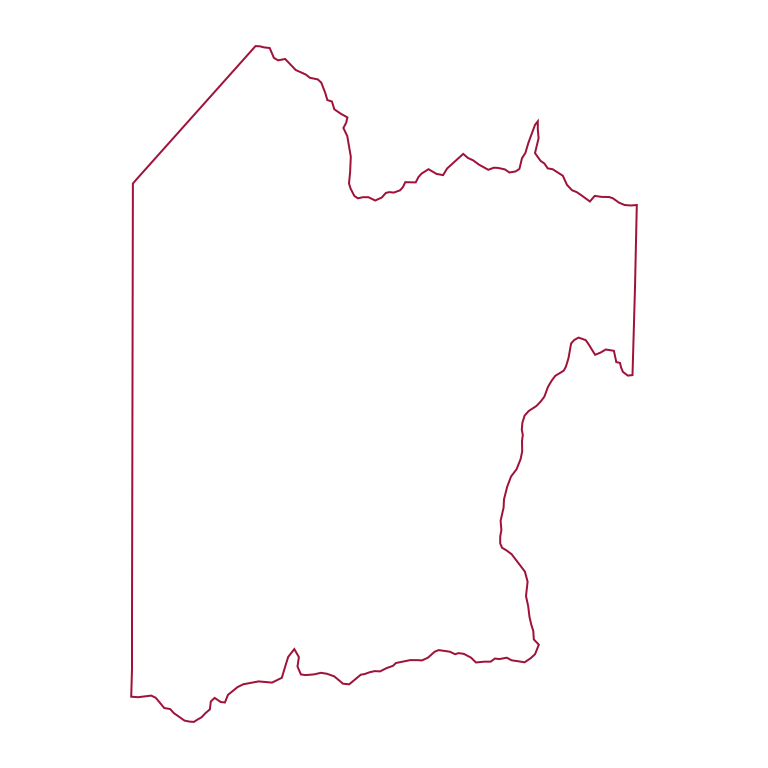 the district of Sapucaia, Pará, Brazil
{"feature_id": "56859067B89433863096601", "entity_name": "Sapucaia", "entity_type": "district", "adm_level": 2, "iso_a3": "BRA", "parent_name": "Brazil", "parent_adm1": "Pará", "projection": "equal_earth", "projection_center": [-49.504, -6.834], "detail": "fine", "context": "isolated", "style": "outline", "palette": "rose", "viewbox_px": 768, "rotation_deg": 0, "n_neighbors": 0, "source": "geoboundaries", "source_scale": "gbopen_adm2", "svg_char_len": 2622}
<svg xmlns="http://www.w3.org/2000/svg" viewBox="0 0 768 768"><path d="M132.9,183.5L132.0,622.0L132.0,634.7L132.0,669.0L131.2,696.7L138.2,697.2L151.2,695.6L155.6,697.7L159.3,702.0L164.2,708.0L170.1,709.0L173.7,713.0L184.5,720.6L189.5,721.6L193.9,721.9L197.3,719.7L201.5,717.3L205.3,713.3L209.9,709.3L210.8,701.5L214.6,697.9L220.7,702.0L224.9,702.5L228.0,694.8L237.4,687.2L243.2,684.3L258.6,681.4L272.0,682.6L281.8,677.8L285.9,664.2L288.2,656.9L294.3,649.1L298.9,657.1L297.5,666.5L300.9,674.4L305.3,675.1L314.1,674.4L320.9,672.8L327.1,673.8L334.3,676.4L343.0,683.7L349.2,684.3L360.8,674.7L364.8,674.0L369.8,672.2L374.8,671.1L380.0,671.4L386.4,668.2L393.0,665.8L396.0,663.0L410.3,660.1L416.4,660.1L422.0,660.4L427.9,657.7L434.7,651.7L438.7,650.1L449.9,651.7L455.1,654.2L458.7,653.1L463.9,653.9L471.1,657.7L476.0,662.5L483.7,661.7L490.6,661.7L495.0,658.5L499.2,659.1L506.8,657.7L511.6,660.3L517.1,661.1L524.6,662.3L530.7,658.2L535.1,654.1L538.8,644.7L533.8,639.4L533.3,631.0L531.4,625.1L529.5,617.0L528.2,606.3L526.0,596.1L527.6,581.6L524.9,571.6L511.6,554.2L506.5,550.4L502.0,547.7L500.2,543.4L500.2,536.7L501.4,529.9L500.6,520.8L503.6,507.5L504.0,499.3L507.2,486.7L511.1,476.4L516.6,469.2L520.6,459.1L522.2,451.4L522.0,441.2L522.8,435.0L521.8,429.6L522.4,422.7L524.6,415.6L528.7,411.0L536.5,405.9L540.8,401.4L544.4,396.6L548.0,386.8L551.7,380.6L555.3,375.8L563.7,370.7L565.9,366.7L568.5,358.1L571.1,343.5L574.1,340.1L578.5,337.6L585.7,340.1L588.5,344.1L595.1,354.8L600.5,352.6L605.8,349.5L613.9,350.8L616.3,362.1L620.0,362.9L621.2,367.9L623.0,372.0L627.9,375.6L632.5,375.1L635.0,287.6L636.8,205.0L631.0,205.5L624.6,205.0L619.1,202.7L612.9,198.3L609.1,197.0L601.9,196.9L594.7,195.9L589.9,201.5L580.7,194.8L576.7,192.1L572.1,190.3L567.0,184.9L562.8,175.7L552.6,169.2L547.7,168.4L544.5,163.6L540.6,160.9L535.0,153.1L538.6,138.1L537.8,129.7L537.8,121.3L535.0,124.9L528.4,142.8L525.4,152.9L522.0,158.2L519.4,168.9L515.7,171.4L509.4,172.5L504.9,169.4L497.9,167.9L493.8,167.7L488.3,169.8L478.9,164.6L473.1,160.3L468.0,158.0L463.2,153.9L447.1,168.5L443.1,175.1L436.5,173.9L428.5,169.2L421.7,173.5L418.5,177.0L415.7,182.4L405.3,182.2L402.9,187.1L400.1,190.3L393.7,192.6L389.5,192.1L385.9,192.9L381.8,197.5L375.2,200.5L368.4,197.2L363.0,197.2L357.8,198.3L354.3,195.9L350.6,188.6L349.0,183.5L350.1,172.3L350.8,156.7L347.3,136.2L343.4,128.0L346.2,122.7L347.4,117.4L340.6,113.6L334.3,109.3L331.9,101.5L327.4,100.1L325.2,92.8L321.3,82.7L317.8,79.4L309.9,77.8L305.9,74.6L295.7,70.0L285.2,59.0L278.1,60.3L273.9,57.9L269.7,48.0L264.1,47.4L259.8,46.3L255.5,46.1L136.9,178.9L132.9,183.5Z" fill="none" stroke="#9f1239" stroke-width="2"/></svg>